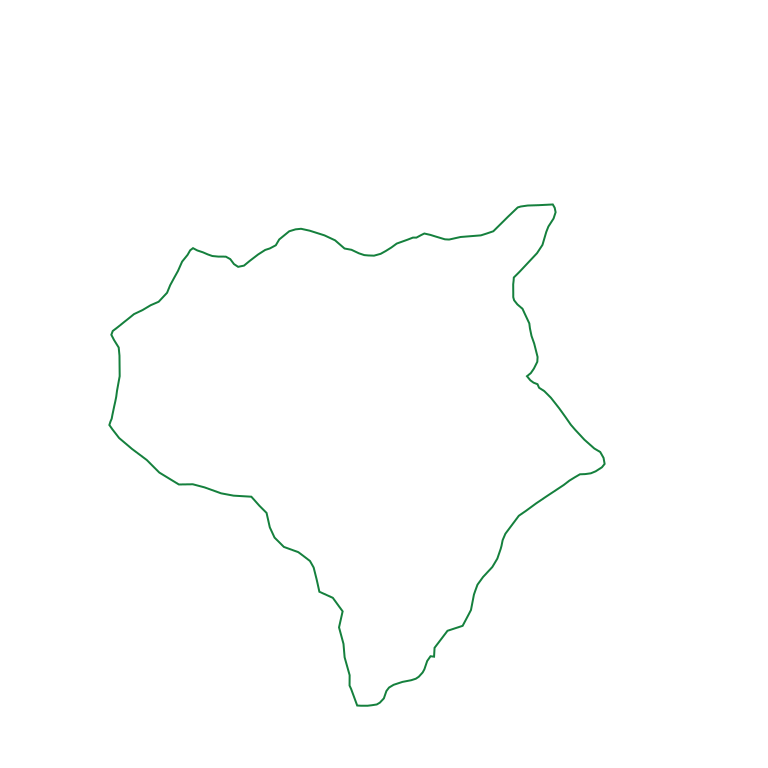 Kikorthang, Chirang, Bhutan, rotated 135°
{"feature_id": "84629894B27564623470868", "entity_name": "Kikorthang", "entity_type": "district", "adm_level": 2, "iso_a3": "BTN", "parent_name": "Bhutan", "parent_adm1": "Chirang", "projection": "albers", "projection_center": [90.136, 27.002], "detail": "fine", "context": "isolated", "style": "outline", "palette": "green", "viewbox_px": 768, "rotation_deg": 135, "n_neighbors": 0, "source": "geoboundaries", "source_scale": "gbopen_adm2", "svg_char_len": 2590}
<svg xmlns="http://www.w3.org/2000/svg" viewBox="0 0 768 768"><g transform="rotate(135 384 384)"><path d="M607.2,549.2L608.1,544.1L609.5,533.1L608.1,516.2L605.5,498.1L605.5,480.3L600.1,458.0L590.1,448.3L584.0,437.8L576.5,421.9L569.3,411.4L557.5,398.1L558.2,385.9L558.2,375.9L566.1,363.4L570.0,352.8L570.0,339.6L563.5,325.7L562.9,321.7L561.5,311.2L563.5,304.0L569.6,293.8L571.8,290.3L576.6,282.8L571.4,269.0L574.0,252.5L587.9,243.7L596.4,228.9L605.1,218.6L614.2,202.4L621.6,195.1L622.9,191.6L630.3,175.6L627.7,172.7L623.1,168.1L619.8,165.5L615.7,162.5L612.2,161.6L606.4,161.8L602.7,163.6L599.4,165.2L595.1,165.8L589.9,164.5L581.6,160.3L574.2,155.3L569.9,153.1L566.4,152.4L560.6,152.7L557.2,153.7L549.3,157.6L543.6,158.6L541.4,155.8L534.8,161.7L513.6,164.6L499.4,157.4L488.0,160.9L482.3,162.7L469.3,171.5L465.8,173.2L459.8,176.0L450.4,177.5L436.8,178.0L427.3,180.4L418.1,184.9L415.3,186.5L410.5,189.7L404.0,192.3L381.8,195.5L373.2,193.9L369.9,193.4L360.8,192.0L348.4,189.6L328.3,185.5L321.3,184.6L315.0,183.1L309.3,181.6L305.4,178.0L300.9,174.6L296.1,172.6L288.8,171.0L284.5,171.5L281.0,176.5L279.2,183.0L280.9,189.7L281.7,202.8L281.2,216.4L280.7,223.2L279.1,232.0L277.3,243.0L275.7,256.3L275.7,265.7L277.0,271.7L275.6,275.3L277.3,279.2L277.9,283.1L277.4,288.4L272.5,287.9L267.1,288.9L259.9,291.3L256.3,294.5L249.2,306.4L245.7,313.7L241.5,320.1L238.4,324.1L234.5,334.9L232.9,339.2L233.4,346.0L232.8,351.2L231.2,354.0L227.8,357.4L222.2,363.1L219.3,365.4L216.9,367.5L208.7,367.5L183.3,368.3L173.6,370.3L161.7,376.8L156.4,379.1L147.1,381.1L141.2,384.1L138.7,387.9L137.7,391.6L148.1,401.0L156.2,408.6L161.8,412.8L164.6,414.3L177.8,414.6L198.7,414.7L205.0,417.8L210.4,420.6L225.9,433.8L235.8,440.1L238.6,443.2L243.5,452.3L245.8,456.7L249.1,461.9L252.3,463.0L257.6,464.6L260.1,467.1L265.1,469.3L275.7,474.3L282.2,475.3L288.7,476.8L294.3,478.4L300.3,481.8L304.2,486.0L306.8,489.1L309.3,494.1L312.1,501.9L316.1,507.7L317.0,520.2L321.0,531.2L328.1,544.9L332.9,552.4L337.2,555.9L343.0,559.0L355.9,560.3L362.4,558.6L368.9,560.6L373.2,562.8L381.4,564.6L392.0,566.0L399.3,566.7L404.3,570.0L405.3,574.9L404.4,581.0L405.8,585.9L411.2,591.4L414.9,595.9L417.0,600.3L418.9,605.1L421.6,610.5L423.0,615.1L426.5,615.6L431.6,614.2L440.2,613.3L449.8,609.6L456.8,607.6L465.2,605.1L472.9,601.9L485.2,601.5L493.3,604.7L502.4,607.0L511.4,610.2L516.3,610.7L523.3,611.5L532.5,612.5L538.3,613.3L542.0,611.6L543.8,606.0L545.8,597.4L551.0,591.1L565.4,576.4L569.2,573.8L577.7,567.9L582.4,564.3L586.3,561.7L590.7,558.9L598.2,554.0L601.1,552.0L603.9,550.9L607.2,549.2Z" fill="none" stroke="#15803d" stroke-width="2"/></g></svg>